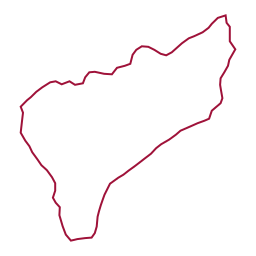 Davios, Cyprus (Equal Earth projection)
{"feature_id": "46923920B64844622441299", "entity_name": "Davios", "entity_type": "district", "adm_level": 2, "iso_a3": "CYP", "parent_name": "Cyprus", "parent_adm1": "", "projection": "equal_earth", "projection_center": [33.916, 35.414], "detail": "fine", "context": "isolated", "style": "outline", "palette": "rose", "viewbox_px": 256, "rotation_deg": 0, "n_neighbors": 0, "source": "geoboundaries", "source_scale": "gbopen_adm2", "svg_char_len": 1192}
<svg xmlns="http://www.w3.org/2000/svg" viewBox="0 0 256 256"><path d="M62.6,226.1L65.8,234.6L70.9,240.6L74.1,239.9L77.3,239.1L85.2,238.1L91.6,237.6L94.8,233.1L96.7,226.6L97.6,216.7L99.0,211.2L100.8,205.2L102.6,200.0L104.5,194.7L110.0,183.7L118.3,177.7L123.4,174.7L128.5,170.7L135.4,165.7L145.1,158.2L151.0,153.7L156.1,148.2L161.2,144.2L169.0,139.7L175.9,134.7L180.5,130.7L192.0,125.7L197.6,123.2L204.5,120.7L209.1,118.7L211.8,110.7L220.6,103.2L222.4,98.2L221.0,90.3L220.1,84.8L220.6,78.3L224.3,72.3L228.0,65.8L229.3,59.8L235.3,49.3L229.8,41.3L229.8,32.3L229.8,26.8L226.6,22.8L225.6,15.4L217.8,17.9L211.8,23.8L208.6,27.8L202.6,32.3L193.9,36.3L188.8,38.3L181.9,43.3L171.8,52.3L166.2,55.3L160.7,53.8L154.3,49.8L148.3,46.8L141.8,46.3L136.3,49.8L132.6,54.8L130.3,63.8L124.8,65.8L117.0,67.8L111.9,74.3L104.1,73.8L94.8,71.8L89.3,72.3L85.2,77.3L82.9,83.3L75.0,84.8L69.5,81.3L61.7,84.3L55.7,81.3L50.2,82.3L42.3,87.3L36.3,91.8L30.8,97.2L27.1,100.2L20.7,106.7L23.0,112.7L22.1,120.2L20.7,132.7L25.3,140.7L29.4,146.2L32.2,152.2L37.3,159.2L41.4,165.2L46.9,170.2L52.0,177.2L55.2,183.2L55.2,190.7L52.9,197.7L55.7,202.7L59.8,207.2L59.4,215.2L62.6,226.1Z" fill="none" stroke="#9f1239" stroke-width="2"/></svg>